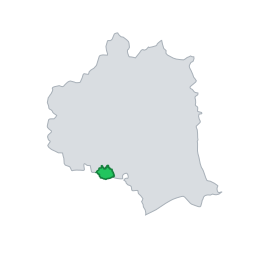 location of Astravyets, Grodno, Belarus, rotated 255°
{"feature_id": "67162791B54270193950847", "entity_name": "Astravyets", "entity_type": "district", "adm_level": 2, "iso_a3": "BLR", "parent_name": "Belarus", "parent_adm1": "Grodno", "projection": "mercator", "projection_center": [26.135, 54.766], "detail": "fine", "context": "in_parent", "style": "filled", "palette": "green", "viewbox_px": 256, "rotation_deg": 255, "n_neighbors": 0, "source": "geoboundaries", "source_scale": "gbopen_adm2", "svg_char_len": 5386}
<svg xmlns="http://www.w3.org/2000/svg" viewBox="0 0 256 256"><g transform="rotate(255 128 128)"><path d="M203.9,183.2L200.1,183.0L195.6,183.1L193.0,184.8L190.3,184.0L188.3,185.0L183.8,189.8L182.1,192.4L180.4,196.5L179.4,199.4L180.0,201.5L180.8,203.4L181.0,205.5L181.4,207.1L180.3,208.3L179.7,210.0L177.8,209.7L175.5,208.0L175.0,205.7L173.2,204.0L172.0,203.2L170.1,203.1L167.0,203.8L163.0,204.4L160.0,204.6L158.3,205.4L155.9,206.2L154.9,205.3L153.6,202.6L152.4,199.9L151.7,198.7L151.0,198.4L150.2,198.5L149.3,199.3L148.5,200.2L146.0,201.2L144.9,202.2L143.7,204.6L142.8,204.4L142.0,203.9L141.0,201.1L139.7,200.5L137.6,200.5L134.9,199.9L132.8,199.0L132.0,199.2L130.7,200.4L129.4,200.6L126.3,199.5L125.7,200.0L124.0,203.0L123.2,203.2L122.7,202.8L123.0,200.2L121.2,199.2L118.3,199.1L116.2,199.5L115.2,199.4L114.6,198.9L112.1,194.4L110.8,194.1L108.3,194.4L104.8,193.8L100.7,192.8L98.4,192.5L97.3,191.5L94.7,191.1L87.9,189.2L85.2,188.9L81.1,188.9L74.9,188.5L70.9,188.7L69.1,189.3L66.9,189.7L59.6,190.2L56.9,190.7L56.2,191.7L55.3,193.7L52.2,197.2L49.3,199.6L48.8,199.8L47.0,198.5L45.6,198.1L43.9,198.0L42.7,198.4L42.0,199.0L42.1,201.7L41.9,201.9L40.6,198.7L40.7,195.8L41.4,194.1L42.3,192.6L41.9,190.3L42.8,187.3L42.8,185.2L42.4,184.2L41.7,183.1L39.8,181.9L39.0,181.0L36.4,179.7L33.8,178.1L33.3,177.2L33.5,176.5L33.9,175.5L35.9,172.6L38.0,169.7L39.4,168.6L46.6,164.9L47.8,163.6L48.0,161.4L47.9,157.0L47.5,152.9L46.9,150.1L45.5,144.9L41.8,133.9L39.5,122.5L41.0,123.2L44.4,123.4L47.2,122.6L48.6,122.5L49.9,122.8L53.5,122.1L54.4,123.2L56.0,124.1L59.2,122.8L62.0,121.1L65.0,121.3L65.4,120.5L66.1,116.4L67.0,115.6L70.5,116.0L71.8,115.2L73.1,113.2L75.2,112.0L76.9,112.0L78.7,110.5L79.6,111.5L80.0,113.2L79.5,114.5L79.7,115.1L81.0,115.7L83.1,115.7L84.5,115.2L84.8,114.4L84.8,113.0L84.4,111.7L83.5,110.5L81.8,110.0L80.6,109.9L80.4,109.2L80.8,107.7L81.9,104.8L83.2,102.2L84.0,101.3L84.1,100.4L84.0,98.8L83.9,96.0L85.1,92.0L86.6,89.1L88.7,88.1L91.3,87.6L92.9,86.2L93.7,84.5L94.4,82.0L95.2,81.4L101.4,81.8L102.3,79.2L102.8,78.5L104.0,77.7L104.8,76.8L104.5,76.1L103.0,75.6L99.3,75.2L98.5,74.4L98.8,73.3L99.7,70.7L100.7,67.2L101.2,64.6L101.2,63.0L101.7,62.5L104.8,62.0L105.8,61.5L108.4,57.8L110.3,57.2L115.4,58.2L117.8,58.1L120.7,58.3L121.0,58.0L122.0,54.4L127.1,48.5L129.8,46.5L131.5,46.0L132.1,46.1L134.8,49.2L135.4,49.4L137.2,48.1L140.3,48.0L141.8,49.0L143.8,52.8L144.9,53.3L147.9,51.1L149.6,50.4L150.7,50.5L156.4,53.4L156.9,54.3L156.9,55.4L156.0,58.9L157.2,61.0L158.6,62.4L161.5,60.0L162.6,59.4L163.8,59.3L165.3,58.5L166.5,57.2L167.6,56.7L169.7,57.0L173.5,56.7L177.9,58.8L178.3,59.4L180.5,61.8L181.3,63.0L182.0,63.4L183.2,64.6L184.7,65.3L185.8,65.1L186.4,65.5L186.8,66.4L186.9,68.0L186.7,72.5L185.1,74.8L184.9,75.6L185.0,76.6L186.3,78.5L187.9,81.5L188.3,83.2L188.3,84.5L186.1,88.3L185.3,89.2L184.8,91.1L184.5,93.0L184.7,93.8L188.4,96.8L191.1,98.4L191.7,99.2L191.8,99.7L190.3,102.9L190.2,103.8L192.4,105.1L193.6,107.2L194.6,110.6L196.7,113.8L204.4,118.6L205.1,119.4L205.3,120.4L205.1,122.7L203.7,126.9L205.0,127.5L208.4,127.3L212.5,127.8L217.5,130.8L217.5,132.1L217.0,133.3L217.3,134.6L217.9,135.7L222.2,139.0L222.6,139.9L222.7,141.5L222.5,142.7L221.3,143.0L220.0,143.5L217.9,144.9L217.0,146.9L213.5,149.6L211.4,150.8L209.7,150.9L205.6,150.3L204.1,149.0L203.5,147.8L202.0,147.2L199.9,147.1L197.0,147.4L196.4,147.7L195.9,149.3L194.7,151.8L193.8,153.3L197.5,158.4L199.3,160.5L199.9,161.8L199.9,162.7L199.0,163.7L199.1,165.9L200.9,168.7L200.3,169.2L200.1,172.7L200.2,176.4L200.6,177.2L201.6,178.0L202.4,179.3L203.8,182.4L203.9,183.2Z" fill="#d9dde1" stroke="#a8b0b8" stroke-width="1"/><path d="M98.4,93.1L98.4,92.6L98.2,92.4L97.9,92.3L97.7,92.4L97.5,92.6L97.1,92.6L96.9,92.7L96.8,92.8L96.5,92.6L96.4,92.4L96.3,92.1L96.4,91.9L96.6,91.4L96.5,91.1L96.5,90.8L96.5,90.5L96.7,90.3L96.6,90.0L96.6,89.7L96.2,89.4L95.9,89.4L95.5,89.2L95.1,89.0L95.0,88.6L94.9,88.4L94.8,88.1L94.7,87.9L94.6,87.6L94.5,87.2L94.3,86.8L94.1,86.6L93.9,86.5L93.8,86.3L93.6,86.1L93.6,86.5L93.3,86.6L92.7,86.7L92.2,86.7L91.8,86.9L91.7,87.4L91.1,87.4L90.9,87.8L90.9,88.1L90.6,88.3L90.3,88.4L90.0,88.4L89.6,88.1L89.3,87.9L89.0,87.9L88.6,88.2L87.9,88.6L87.6,88.7L87.4,88.6L87.2,88.5L87.0,88.8L86.7,88.9L86.6,89.3L86.7,89.8L86.4,90.1L85.9,90.6L85.4,91.1L85.1,91.5L85.1,92.0L84.9,92.5L84.5,92.6L84.3,92.9L84.1,93.4L84.2,93.9L84.5,94.3L84.5,94.9L84.4,96.0L84.3,96.7L84.2,97.2L84.3,98.1L84.5,98.7L84.6,99.3L84.7,99.8L84.8,100.4L84.7,100.9L84.6,101.4L84.7,101.7L85.0,101.9L85.0,102.0L85.2,102.4L85.4,102.4L85.6,102.2L85.8,101.8L86.0,102.0L86.6,102.1L86.9,102.3L87.0,102.5L87.2,102.4L87.5,102.3L87.6,102.2L87.8,102.0L88.0,102.0L88.3,102.1L88.6,102.3L88.8,102.3L89.2,102.2L89.5,102.0L89.9,101.6L90.1,101.8L90.5,101.9L90.8,101.8L91.1,101.6L91.6,101.7L92.1,101.9L92.4,101.7L92.4,101.3L92.3,101.1L92.6,100.8L93.0,100.5L93.2,100.4L93.2,100.0L93.3,99.7L93.5,99.6L93.8,99.5L94.1,99.6L94.3,99.8L94.5,99.5L94.7,99.2L95.0,98.9L95.5,98.6L95.7,98.9L95.9,99.1L96.0,99.4L96.3,99.4L96.7,99.3L96.9,99.2L97.1,99.0L97.1,98.8L97.0,98.6L97.1,98.4L97.1,98.0L96.9,97.8L96.6,97.7L96.3,97.7L96.2,97.4L96.0,97.2L95.6,97.3L95.4,96.9L95.5,96.6L95.8,96.3L95.7,96.1L95.3,96.1L94.9,96.0L94.5,96.0L94.4,95.8L94.4,95.5L94.6,95.3L94.8,95.2L95.0,95.0L95.0,94.9L94.8,94.7L94.7,94.6L94.6,94.4L94.9,94.1L95.2,94.0L95.7,94.1L95.9,94.1L96.3,93.8L96.6,93.7L96.9,93.6L97.2,93.6L97.6,93.6L97.9,93.5L98.0,93.4L98.2,93.2L98.4,93.1Z" fill="#22c55e" stroke="#15803d" stroke-width="1.5"/></g></svg>